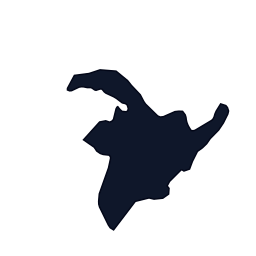 SVG path tracing the border of Nidwalden, rotated 134°
{"feature_id": "CHE-164", "entity_name": "Nidwalden", "entity_type": "Canton", "adm_level": 1, "iso_a3": "CHE", "parent_name": "Switzerland", "parent_adm1": "", "projection": "equal_earth", "projection_center": [8.375, 46.893], "detail": "fine", "context": "isolated", "style": "filled", "palette": "ink", "viewbox_px": 256, "rotation_deg": 134, "n_neighbors": 0, "source": "natural_earth", "source_scale": "10m", "svg_char_len": 1408}
<svg xmlns="http://www.w3.org/2000/svg" viewBox="0 0 256 256"><g transform="rotate(134 128 128)"><path d="M163.7,64.3L175.7,71.8L211.3,67.6L212.1,71.5L211.4,74.8L204.6,93.6L203.1,96.1L201.1,98.2L195.3,102.9L170.2,114.3L162.0,119.4L160.9,120.6L160.6,122.7L164.3,127.5L165.6,130.3L166.3,134.5L165.3,139.0L167.4,151.8L143.4,152.6L138.3,149.0L136.5,145.2L134.2,144.3L131.9,144.4L122.5,149.9L120.7,150.4L119.8,150.2L119.8,149.5L120.1,148.1L120.2,146.3L120.2,143.9L117.6,140.6L115.9,140.1L113.8,141.3L112.0,144.5L112.2,146.7L113.9,149.6L114.8,157.1L115.5,160.1L118.3,168.2L118.5,170.3L118.2,172.5L118.2,174.1L119.4,175.2L123.1,177.2L123.8,178.5L124.2,181.3L124.5,182.3L124.9,183.0L125.7,183.8L127.3,185.5L129.2,188.5L130.7,190.2L132.6,191.6L140.3,194.5L141.8,195.8L142.7,198.0L141.5,199.1L127.4,203.1L115.9,193.9L105.6,188.5L95.4,176.1L94.2,161.1L95.0,155.1L95.6,142.2L98.0,135.0L98.6,132.0L98.7,115.0L97.7,112.4L95.3,110.4L83.6,105.6L80.6,103.1L78.1,100.3L78.8,96.0L80.0,93.8L81.6,91.8L83.0,89.7L84.4,86.7L85.2,84.1L86.0,80.8L84.7,79.2L83.1,78.2L64.3,73.1L62.3,73.1L60.1,73.8L57.5,75.2L54.6,76.3L46.3,78.1L43.9,73.2L44.2,70.7L45.9,67.5L48.6,65.9L58.1,62.9L66.5,61.4L78.5,61.5L84.7,60.5L90.5,60.7L96.6,61.8L107.2,58.5L114.8,55.2L120.1,57.9L120.4,59.5L120.6,60.1L121.3,60.7L137.6,61.0L142.5,59.6L142.9,56.6L147.3,52.9L154.3,54.2L161.1,59.9L163.7,64.3Z" fill="#0f172a" stroke="#020617" stroke-width="1.5"/></g></svg>